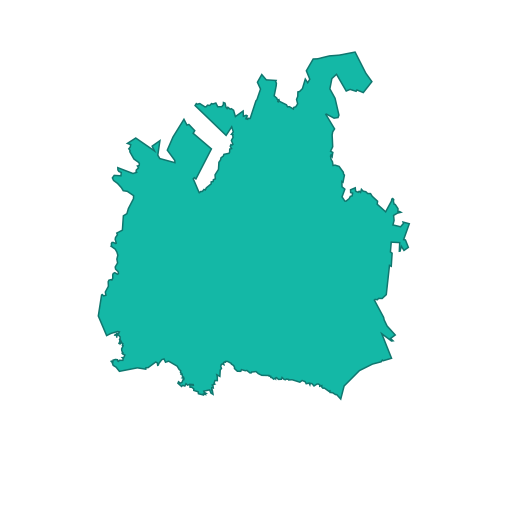 Venustiano Carranza, Chiapas, Mexico (Equal Earth projection), rotated 337°
{"feature_id": "50627088B57673642633786", "entity_name": "Venustiano Carranza", "entity_type": "district", "adm_level": 2, "iso_a3": "MEX", "parent_name": "Mexico", "parent_adm1": "Chiapas", "projection": "equal_earth", "projection_center": [-92.682, 16.309], "detail": "fine", "context": "isolated", "style": "filled", "palette": "teal", "viewbox_px": 512, "rotation_deg": 337, "n_neighbors": 0, "source": "geoboundaries", "source_scale": "gbopen_adm2", "svg_char_len": 6102}
<svg xmlns="http://www.w3.org/2000/svg" viewBox="0 0 512 512"><g transform="rotate(337 256 256)"><path d="M87.4,270.9L92.2,270.6L99.2,271.4L100.6,272.5L99.4,273.5L97.5,272.9L97.1,274.2L95.8,273.2L95.2,273.7L96.7,274.4L95.9,276.8L96.6,275.3L98.2,274.2L99.3,277.3L98.8,278.8L97.8,279.4L97.6,281.1L95.2,283.4L97.1,282.2L96.8,283.7L97.2,283.5L98.4,281.0L98.6,284.0L99.2,284.6L98.1,286.1L98.6,286.7L96.0,289.0L95.5,290.5L95.5,292.3L94.9,293.2L95.6,293.4L95.1,294.2L96.6,295.9L94.6,297.8L93.2,297.3L93.7,298.6L92.6,300.0L89.5,298.6L88.3,299.3L87.7,298.6L87.9,297.3L86.2,296.3L83.7,296.0L82.7,297.7L82.7,296.9L81.2,295.9L82.0,297.4L81.8,300.9L83.8,303.7L85.2,308.8L103.1,312.6L110.3,317.1L111.0,315.8L113.0,316.6L122.3,314.4L123.4,315.8L122.8,318.2L123.5,318.2L124.5,317.0L128.8,314.6L131.1,314.8L131.2,318.4L134.5,318.7L140.4,326.6L140.9,330.4L141.9,332.2L141.0,333.6L141.3,334.4L140.8,335.5L141.8,335.8L141.3,337.8L141.9,339.2L140.5,339.4L141.8,340.6L141.2,341.6L140.5,341.4L138.3,343.5L136.6,343.4L135.6,341.5L134.4,342.6L136.5,347.0L137.9,346.4L139.7,347.9L141.7,346.2L142.5,348.1L144.9,348.2L148.0,349.8L147.8,350.5L144.8,348.7L144.0,351.0L145.6,351.7L146.8,354.0L146.2,355.4L149.7,358.4L149.2,360.3L153.3,363.4L153.7,362.4L155.4,363.7L155.4,362.9L156.4,363.0L155.1,361.3L155.1,360.0L161.0,361.1L161.0,364.6L162.4,366.5L163.4,362.3L162.9,362.1L163.8,359.9L165.1,360.8L165.6,358.9L165.3,357.7L168.0,357.8L167.5,357.0L169.5,354.6L171.7,355.6L173.1,352.3L173.5,350.0L175.7,352.7L178.5,347.0L180.3,346.0L180.4,343.8L181.7,342.3L182.7,342.1L184.0,343.5L184.3,341.6L185.5,341.2L186.3,341.8L187.0,341.2L188.8,342.1L191.3,345.3L191.1,345.8L192.6,348.1L192.7,350.2L192.2,351.2L193.8,354.8L196.9,356.2L198.2,354.9L201.3,357.4L202.9,357.8L204.8,361.3L206.0,361.7L206.6,361.1L210.9,362.4L212.1,365.1L214.7,368.1L221.3,371.1L221.1,371.6L222.6,372.6L222.2,373.6L223.3,374.4L224.1,376.3L225.7,376.1L226.0,376.8L226.4,375.9L227.3,375.9L228.5,378.4L231.3,379.4L232.5,378.0L233.6,380.5L234.7,381.4L235.8,381.1L237.8,382.3L237.7,382.9L240.9,384.0L247.1,389.3L249.8,388.6L252.1,390.8L252.3,393.2L255.2,393.7L255.3,395.6L256.2,394.4L257.7,395.4L258.6,398.3L262.1,397.7L263.4,398.2L264.3,399.6L263.8,400.8L265.9,401.0L265.3,402.1L265.9,403.8L267.4,404.4L270.2,409.0L271.3,409.0L270.8,410.5L273.2,411.9L275.0,414.6L276.1,415.1L278.1,420.8L286.3,410.1L306.5,401.9L321.0,401.0L329.9,402.3L331.6,401.2L332.1,402.1L340.8,403.1L341.4,376.7L347.5,387.2L349.0,387.6L347.6,384.5L353.3,383.1L349.3,371.6L349.0,364.9L349.5,362.3L347.7,342.8L348.7,342.5L350.7,343.7L352.2,342.9L355.5,344.4L360.8,342.5L375.2,316.8L376.5,318.3L382.4,306.6L381.3,304.8L385.9,296.1L393.5,299.8L389.8,307.6L390.5,307.8L393.6,303.9L394.4,308.7L399.6,307.6L399.8,299.6L398.3,298.6L409.7,286.2L404.6,282.2L404.5,283.6L400.5,285.6L394.2,280.9L397.0,277.2L398.5,272.4L402.9,271.8L406.5,272.4L405.5,271.1L404.0,270.5L405.2,267.9L404.3,263.0L403.4,262.2L403.9,259.2L404.8,257.9L404.3,256.5L403.2,256.7L402.2,258.3L392.6,266.0L387.8,255.7L389.3,253.1L386.3,246.4L385.8,243.3L383.2,242.1L382.2,239.7L380.0,238.2L379.1,235.8L377.1,238.3L376.2,236.7L374.9,237.3L373.0,235.2L374.0,232.0L368.9,232.0L367.9,234.6L369.5,235.9L368.0,238.2L366.1,238.0L364.2,239.6L360.2,240.7L359.2,240.1L358.3,235.2L363.9,229.2L362.2,225.9L364.2,221.0L364.9,222.1L369.0,216.1L368.6,214.9L369.1,212.9L367.5,206.0L364.2,203.2L362.3,202.8L363.2,199.1L362.9,196.3L363.5,193.7L364.2,194.1L364.2,192.4L364.8,192.2L365.0,194.2L366.0,192.5L367.2,190.7L365.6,188.7L369.3,185.4L373.4,174.3L375.1,171.7L378.0,169.7L375.6,152.9L376.3,152.9L381.7,159.6L385.6,160.6L387.4,158.7L390.4,141.7L389.3,131.0L395.2,122.3L401.1,120.2L403.5,139.4L407.7,139.4L412.5,143.5L413.8,142.6L418.6,147.5L430.8,140.8L428.5,130.6L426.9,107.0L411.0,103.6L401.8,100.5L389.6,98.5L385.6,97.0L374.7,105.2L374.6,114.3L371.3,116.7L370.5,112.4L364.1,120.1L360.4,121.6L358.7,121.3L356.8,125.4L354.5,127.7L353.8,132.2L350.9,134.2L348.8,134.0L347.8,135.3L345.1,131.6L343.3,131.0L343.1,128.7L338.8,123.7L338.0,122.7L338.1,121.7L336.7,122.8L336.4,122.3L337.4,120.6L336.7,120.1L336.8,118.8L335.3,115.7L341.1,107.2L342.3,104.9L342.2,103.2L343.1,102.3L334.3,97.9L332.2,91.2L325.2,96.6L325.4,104.1L317.9,112.5L316.6,113.1L304.4,127.1L302.3,126.1L301.7,126.9L300.3,125.7L302.7,123.6L301.9,122.6L299.0,122.5L300.8,117.5L291.5,119.6L292.3,113.1L290.9,110.8L289.7,110.8L288.2,108.1L287.0,109.0L286.5,107.3L287.2,103.2L286.0,102.0L285.0,104.0L282.8,105.2L279.1,103.7L278.8,99.5L275.7,99.2L274.6,98.3L272.3,99.4L270.3,98.2L268.5,99.1L267.3,98.8L263.8,93.7L261.2,93.3L260.6,92.4L258.7,93.7L275.6,133.3L284.1,127.6L283.6,132.9L280.9,134.4L282.2,135.2L281.5,136.2L281.4,137.7L278.5,140.0L278.4,144.2L277.1,144.5L276.4,143.7L275.2,144.9L275.5,147.6L273.6,147.3L272.3,150.1L271.3,150.9L266.2,149.9L264.9,151.3L262.2,151.9L260.8,153.8L258.5,155.2L255.3,161.6L250.0,165.3L248.7,169.1L246.6,169.1L245.7,170.7L243.7,170.3L242.9,172.1L237.0,173.8L235.1,175.4L234.1,174.4L231.9,175.6L230.1,175.0L228.8,175.7L228.4,175.5L228.4,160.4L229.9,159.8L230.8,161.6L256.8,140.0L246.1,118.5L248.6,116.7L245.6,108.7L243.6,108.5L243.1,102.0L226.1,114.0L215.7,123.9L218.6,136.3L217.8,138.4L205.5,128.7L205.0,124.8L212.6,112.3L203.3,114.3L203.6,119.6L191.4,100.4L181.6,102.1L184.2,104.5L182.7,106.7L180.8,107.6L181.3,109.5L180.6,110.8L181.5,119.0L184.6,124.1L184.7,125.5L183.8,127.1L182.0,126.8L182.3,129.0L179.4,130.1L178.7,131.2L178.8,132.4L175.0,132.0L163.3,120.7L162.5,122.9L162.8,124.6L164.6,126.5L163.0,129.4L157.0,126.4L154.3,128.0L154.4,130.8L156.9,135.1L158.8,140.6L159.3,144.0L162.8,146.2L166.9,152.6L165.6,155.4L157.1,162.4L153.7,166.6L149.6,167.2L143.1,180.0L136.8,180.5L136.7,182.4L134.0,184.0L132.9,185.6L132.4,189.6L131.7,189.7L129.9,187.7L128.7,187.3L127.7,188.1L127.0,190.1L126.4,190.3L129.1,194.7L129.5,198.0L129.1,201.3L126.7,204.5L125.9,208.3L122.1,211.1L121.6,213.2L123.0,216.6L122.5,218.5L121.4,218.7L119.5,216.2L117.8,216.3L116.7,217.4L115.5,220.5L113.9,221.8L113.3,221.1L111.2,220.8L109.9,221.9L108.3,226.2L103.2,230.3L102.5,233.5L100.2,233.2L99.4,231.4L98.6,231.6L87.4,249.6L87.4,270.9Z" fill="#14b8a6" stroke="#0f766e" stroke-width="1.5"/></g></svg>